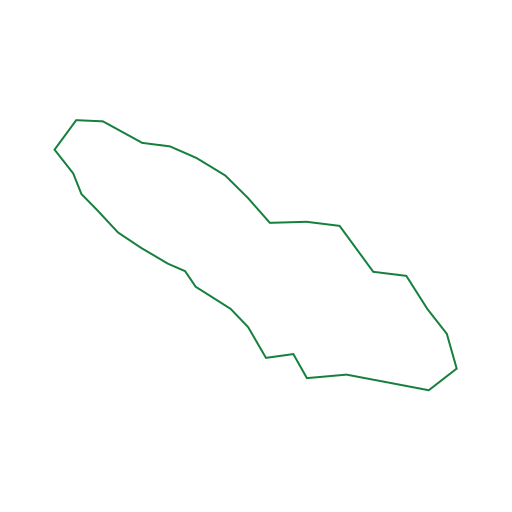 the district of Fterikoudi, Nicosia, Cyprus, rotated 97°
{"feature_id": "46923920B21342367895677", "entity_name": "Fterikoudi", "entity_type": "district", "adm_level": 2, "iso_a3": "CYP", "parent_name": "Cyprus", "parent_adm1": "Nicosia", "projection": "albers", "projection_center": [33.075, 34.965], "detail": "fine", "context": "isolated", "style": "outline", "palette": "green", "viewbox_px": 512, "rotation_deg": 97, "n_neighbors": 0, "source": "geoboundaries", "source_scale": "gbopen_adm2", "svg_char_len": 557}
<svg xmlns="http://www.w3.org/2000/svg" viewBox="0 0 512 512"><g transform="rotate(97 256 256)"><path d="M141.0,424.4L143.1,451.0L175.0,468.9L196.3,447.5L215.8,436.8L230.0,419.0L249.5,395.8L262.0,370.9L274.4,342.4L279.7,324.5L293.9,312.1L311.6,274.7L327.6,255.1L355.9,233.7L348.8,207.0L371.0,190.6L367.8,175.5L362.7,151.7L368.2,68.2L343.3,43.1L310.0,57.1L287.9,79.3L257.4,104.4L257.4,137.7L215.9,176.7L215.9,210.1L221.4,246.3L199.2,271.3L179.8,296.4L166.0,327.0L157.7,354.8L157.6,382.7L141.0,424.4Z" fill="none" stroke="#15803d" stroke-width="2"/></g></svg>